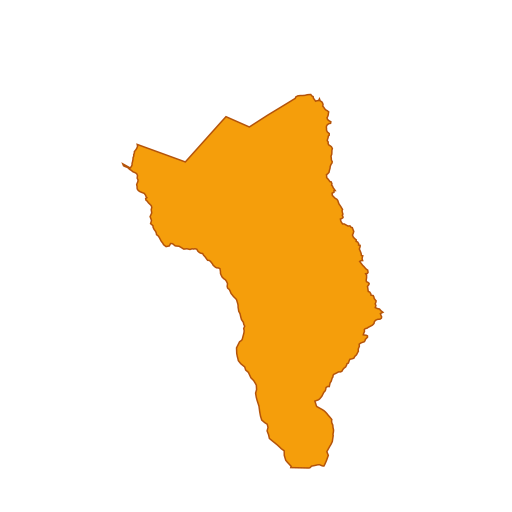 the district of Arame, Maranhão, Brazil, rotated 299°
{"feature_id": "56859067B58092431087788", "entity_name": "Arame", "entity_type": "district", "adm_level": 2, "iso_a3": "BRA", "parent_name": "Brazil", "parent_adm1": "Maranhão", "projection": "mercator", "projection_center": [-45.954, -4.991], "detail": "fine", "context": "isolated", "style": "filled", "palette": "amber", "viewbox_px": 512, "rotation_deg": 299, "n_neighbors": 0, "source": "geoboundaries", "source_scale": "gbopen_adm2", "svg_char_len": 5886}
<svg xmlns="http://www.w3.org/2000/svg" viewBox="0 0 512 512"><g transform="rotate(299 256 256)"><path d="M96.3,405.2L97.3,406.0L99.1,406.4L100.3,407.8L101.2,408.9L102.1,409.9L103.3,411.2L104.3,412.8L104.4,414.3L104.6,415.8L105.2,417.2L106.9,417.2L109.2,417.0L111.3,416.8L116.7,415.9L119.2,412.8L122.5,412.8L125.5,412.8L127.6,412.9L130.7,412.7L136.3,410.6L137.5,409.7L139.7,409.0L141.4,408.2L143.1,406.7L144.2,405.9L145.4,405.1L146.7,403.3L148.3,402.1L149.7,401.6L151.0,398.4L151.7,396.4L152.6,394.3L153.3,392.1L153.7,390.2L153.8,388.2L153.8,386.9L153.8,385.2L153.8,383.6L153.8,382.0L155.1,380.5L156.3,379.3L157.6,377.8L160.3,380.2L161.7,380.9L163.6,381.3L165.3,381.6L167.3,381.5L169.6,381.4L171.7,381.9L173.2,381.6L174.9,381.0L176.6,381.9L177.3,383.4L179.2,382.8L181.0,382.3L182.8,382.5L184.8,382.1L186.0,381.8L187.5,381.9L189.1,381.2L190.6,381.6L191.7,382.5L193.4,383.6L194.8,384.5L195.5,386.0L196.8,387.0L198.7,387.0L200.4,387.3L202.5,388.2L204.5,388.1L206.0,387.8L207.1,388.7L209.4,388.3L211.1,388.1L212.6,389.8L214.0,391.1L216.1,391.1L218.3,391.8L220.6,391.7L222.4,391.7L223.4,390.9L224.9,390.4L227.1,390.2L228.9,389.0L230.5,389.7L232.0,390.9L233.4,392.2L234.7,392.4L236.2,392.1L237.5,392.5L239.1,392.9L240.2,392.2L240.1,390.7L239.5,389.4L239.1,388.0L241.0,387.6L242.5,387.5L244.2,386.4L245.5,386.8L246.6,388.1L247.9,388.7L249.1,389.5L250.5,390.4L251.7,391.2L253.1,391.7L254.3,391.9L255.8,391.4L257.7,391.7L259.5,393.0L260.9,395.1L262.4,395.8L263.7,395.4L264.6,394.1L265.9,392.7L267.3,393.6L268.3,394.3L268.7,391.8L269.5,389.7L268.9,387.7L268.7,385.3L270.8,384.9L272.0,383.4L273.4,383.3L275.0,382.8L275.5,381.4L276.2,379.9L277.2,379.1L278.2,377.7L277.5,375.6L278.7,374.6L279.6,372.9L279.4,371.4L280.8,370.3L282.0,369.4L283.5,368.2L285.8,368.6L286.9,368.2L287.2,366.7L287.1,365.1L288.2,364.1L290.5,363.3L292.7,362.1L293.7,360.5L294.7,361.9L296.1,361.9L297.8,360.5L297.9,359.2L298.2,357.9L299.1,355.5L299.5,353.9L300.5,351.6L301.5,349.3L302.7,350.0L303.7,351.5L304.9,350.2L306.5,349.6L307.9,349.3L307.5,348.0L309.1,346.8L310.1,345.7L310.9,344.7L312.2,343.0L314.7,342.5L315.8,341.9L315.3,340.4L316.5,339.9L317.5,338.1L317.3,336.5L318.7,335.9L318.9,334.6L319.3,333.1L319.8,331.8L321.1,330.2L322.6,330.1L324.9,329.6L326.1,328.1L327.5,326.5L327.2,325.2L327.9,323.6L326.8,321.9L326.8,319.9L326.8,317.6L326.0,316.1L326.8,314.7L327.4,313.5L329.2,311.9L330.2,312.8L331.8,313.5L332.8,312.7L333.4,311.7L334.8,311.7L335.8,310.6L337.3,309.3L338.7,309.1L339.3,308.0L340.3,306.3L341.2,304.5L341.8,303.3L343.0,301.9L344.2,300.6L344.8,299.2L344.9,296.9L345.4,295.4L346.0,293.4L347.8,292.1L349.5,293.3L350.9,292.6L351.6,293.6L352.6,291.5L353.2,290.2L354.2,289.1L354.6,287.8L356.0,287.4L357.3,285.8L356.9,284.6L357.7,282.9L358.4,281.2L358.8,279.8L360.2,279.0L361.3,278.2L362.5,278.8L364.5,279.3L366.8,278.6L368.6,278.2L370.3,277.5L372.5,277.2L374.0,277.4L375.4,277.0L376.5,275.4L377.8,274.6L379.7,273.2L381.8,272.9L383.6,272.0L385.3,271.1L387.0,270.7L388.0,269.2L388.3,268.0L388.4,266.0L389.2,264.6L390.7,263.9L391.4,262.4L392.6,262.0L394.4,261.7L395.9,261.1L397.1,261.5L398.6,260.7L399.1,258.2L400.3,256.6L401.5,256.0L402.6,255.2L403.7,254.7L405.1,254.7L407.0,255.5L408.2,256.9L409.7,256.4L409.7,254.3L410.1,252.4L411.3,251.1L412.6,251.1L414.4,250.8L415.8,250.2L417.3,249.7L417.6,247.9L417.6,246.3L418.1,244.6L418.9,243.2L419.4,241.7L420.8,241.3L421.9,240.3L422.8,238.6L422.7,237.0L424.2,235.3L422.3,235.4L421.4,234.1L420.3,233.1L420.9,231.8L421.8,229.8L423.1,228.7L423.1,227.1L423.8,225.6L423.0,224.3L422.3,223.2L421.4,222.1L420.3,221.0L418.9,218.9L417.8,216.9L416.3,214.9L414.4,213.7L412.8,213.9L411.7,213.2L408.1,211.2L397.9,205.4L384.8,197.9L365.6,187.6L363.3,162.2L357.4,160.8L304.0,148.6L296.0,98.0L294.6,99.2L292.4,99.5L290.6,99.4L288.3,99.0L287.1,99.7L285.3,99.9L284.3,100.6L282.4,100.8L280.8,101.6L278.6,102.3L276.9,102.7L275.7,103.4L274.2,103.6L272.0,103.3L272.0,94.8L270.7,96.4L270.8,98.4L271.2,100.8L270.8,102.3L270.5,103.6L270.4,105.5L270.0,107.4L270.3,110.2L270.1,111.8L269.0,113.3L266.5,114.3L265.3,116.0L263.8,116.6L261.9,116.8L260.6,117.0L259.0,118.4L257.7,119.1L256.8,120.0L256.2,121.4L256.0,123.1L256.2,125.1L256.6,127.9L255.6,130.0L254.6,131.1L254.1,132.3L252.8,131.6L251.5,132.7L251.2,134.4L250.4,136.0L249.7,138.6L249.2,140.1L247.9,141.3L245.7,141.9L244.2,143.1L243.1,143.9L241.3,144.1L239.1,144.3L236.5,147.3L234.8,147.8L233.2,148.1L232.9,149.7L232.5,151.2L231.2,152.1L229.9,153.9L228.9,156.1L227.9,157.5L226.4,158.7L226.3,160.2L225.8,161.5L225.0,162.9L223.0,165.9L221.9,168.5L221.1,169.6L220.8,171.5L220.6,172.8L222.8,175.3L225.5,175.2L226.3,177.0L225.7,180.4L226.2,181.7L227.2,183.9L227.2,186.0L227.0,189.5L228.8,192.0L229.3,193.6L229.7,195.1L231.3,196.6L231.9,198.2L232.8,199.1L233.2,201.0L232.1,202.7L231.7,204.3L231.6,205.6L231.8,206.9L232.3,208.1L231.3,209.7L230.5,212.1L229.5,214.1L228.8,215.8L229.4,217.1L229.3,218.5L228.6,220.3L228.0,221.7L227.2,222.9L226.8,224.5L226.5,226.0L226.6,227.4L227.4,229.0L227.4,230.7L225.2,232.4L223.4,233.5L222.1,235.2L221.1,236.7L220.5,238.9L220.4,240.6L219.8,242.0L218.8,243.5L218.0,244.5L215.5,245.5L214.2,246.7L213.7,249.0L212.7,250.4L211.1,252.4L210.5,254.0L209.9,255.3L209.3,257.1L208.9,258.8L208.3,260.2L205.3,263.3L204.2,264.2L202.5,265.2L199.3,267.7L197.8,270.0L195.3,272.2L193.4,274.1L191.8,277.2L190.3,278.4L189.2,280.1L186.6,280.4L184.9,281.9L182.9,282.7L178.2,283.9L176.2,284.4L174.9,284.1L173.0,283.2L166.2,283.5L161.4,286.4L158.9,288.5L157.8,289.6L155.9,291.3L154.4,294.9L153.5,299.9L151.3,302.2L151.0,303.5L150.5,305.8L147.0,310.6L145.9,314.4L144.4,317.0L143.2,318.9L139.4,321.3L135.9,322.1L132.6,324.7L130.3,326.9L126.1,331.4L121.5,334.8L118.1,337.6L115.3,340.5L114.5,344.3L114.3,347.4L111.9,349.6L108.4,350.5L105.8,353.6L102.9,356.2L102.1,360.5L101.1,366.2L100.1,370.2L99.7,371.4L99.3,375.1L95.3,377.4L91.8,381.0L90.9,383.2L89.1,388.7L87.8,389.0L96.3,405.2Z" fill="#f59e0b" stroke="#b45309" stroke-width="1.5"/></g></svg>